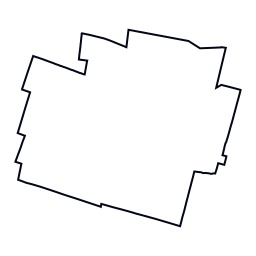 outline of Rotunda, Olt, Romania
{"feature_id": "2599482B64010567081563", "entity_name": "Rotunda", "entity_type": "district", "adm_level": 2, "iso_a3": "ROU", "parent_name": "Romania", "parent_adm1": "Olt", "projection": "mercator", "projection_center": [24.304, 43.977], "detail": "fine", "context": "isolated", "style": "outline", "palette": "ink", "viewbox_px": 256, "rotation_deg": 0, "n_neighbors": 0, "source": "geoboundaries", "source_scale": "gbopen_adm2", "svg_char_len": 2820}
<svg xmlns="http://www.w3.org/2000/svg" viewBox="0 0 256 256"><path d="M180.1,226.2L180.2,225.7L180.3,225.4L180.4,225.1L180.7,223.8L180.8,223.3L181.0,222.8L181.5,220.8L182.3,217.4L183.0,215.0L183.7,212.6L184.4,210.1L185.0,207.6L185.7,205.0L186.1,203.2L186.6,201.4L186.9,200.1L187.2,198.9L187.7,197.2L188.6,193.6L189.1,191.6L189.6,189.7L190.5,186.4L190.6,185.8L190.8,185.4L191.2,183.6L192.3,179.5L193.2,176.1L193.9,173.1L194.1,172.4L194.3,171.5L194.6,171.5L195.5,171.6L196.9,171.8L198.0,172.0L198.9,172.0L199.6,172.2L200.5,172.2L201.1,172.3L202.0,172.6L202.8,173.0L203.4,173.1L204.2,173.0L204.9,173.0L205.3,173.0L206.8,173.1L208.7,173.3L210.0,173.6L210.9,173.8L211.9,173.8L212.3,173.7L213.4,173.4L214.6,173.4L215.2,173.5L216.0,170.9L216.2,170.5L216.9,168.1L217.9,164.5L217.9,164.2L218.0,163.9L218.2,163.2L222.7,164.4L222.9,164.5L224.3,164.8L225.5,160.1L225.6,159.7L226.4,156.3L222.5,155.2L223.3,152.2L223.4,151.6L223.9,149.7L224.5,146.9L225.5,143.1L226.1,142.4L226.4,141.2L226.6,140.8L226.7,140.3L227.9,136.6L229.0,132.6L229.5,130.9L230.1,128.5L230.3,127.9L230.9,125.7L232.0,122.1L232.9,118.8L233.6,116.2L233.7,115.6L234.2,114.0L237.0,103.4L237.2,102.7L237.9,100.2L239.7,93.6L240.3,91.2L240.5,90.4L240.6,90.0L240.6,89.9L232.0,87.6L228.5,86.7L221.3,84.9L216.2,87.8L223.4,57.7L225.8,47.8L221.7,47.2L221.4,47.2L221.3,47.4L212.6,47.8L200.0,48.3L188.5,41.0L128.5,29.8L126.4,47.2L109.9,40.5L107.1,39.5L104.3,38.5L89.7,34.9L81.9,33.3L81.7,33.5L81.6,35.8L81.4,36.7L81.3,37.6L81.2,38.9L81.0,40.7L81.0,40.8L80.9,41.8L80.8,42.9L80.6,44.0L80.5,45.8L80.4,46.5L80.2,48.3L79.7,52.1L79.5,53.8L79.2,56.1L79.2,56.4L79.2,56.7L79.1,57.1L79.0,58.8L78.9,59.5L86.4,60.5L87.2,60.6L87.1,60.9L84.7,74.4L84.2,74.3L83.7,74.3L81.9,73.6L81.7,73.6L81.4,73.4L81.1,73.2L80.9,73.2L80.5,73.1L80.1,73.1L79.9,73.0L79.7,72.9L79.4,72.8L79.2,72.8L79.0,72.7L78.8,72.6L78.6,72.5L78.3,72.4L78.0,72.2L77.2,71.9L76.7,71.7L75.7,71.4L74.6,70.9L74.0,70.7L73.8,70.6L73.4,70.4L72.9,70.2L72.4,70.1L72.2,70.1L71.8,69.9L71.5,69.9L70.4,69.4L69.4,69.1L69.0,68.9L68.3,68.6L67.3,68.2L65.6,67.6L64.5,67.2L63.5,66.9L60.8,65.9L60.3,65.9L58.5,65.0L57.1,64.6L54.4,63.6L53.6,63.2L49.1,61.6L48.0,61.2L46.2,60.5L46.0,60.4L45.8,60.4L44.0,59.7L42.9,59.3L39.7,58.2L38.8,57.9L38.0,57.6L36.0,57.0L35.8,56.9L35.2,56.7L34.5,56.5L33.6,56.2L33.2,56.0L31.9,59.7L27.7,72.1L24.0,83.3L22.2,88.7L22.0,89.5L26.4,91.0L30.1,92.3L27.0,102.3L25.0,108.8L22.8,116.2L19.6,126.8L17.8,132.7L17.7,133.1L19.6,133.8L24.5,135.6L24.9,135.7L24.4,137.1L22.4,142.3L20.8,147.2L16.2,159.5L15.4,161.8L21.4,163.7L18.1,179.8L20.2,180.5L26.3,182.8L32.2,184.3L40.9,186.9L50.0,189.9L57.4,192.4L65.0,195.0L75.3,198.3L87.1,202.2L100.6,206.7L100.8,206.8L100.9,206.2L101.3,203.9L112.6,207.1L122.9,209.8L130.8,212.0L135.4,213.4L155.9,219.0L168.4,222.7L176.4,225.1L180.1,226.2Z" fill="none" stroke="#020617" stroke-width="2"/></svg>